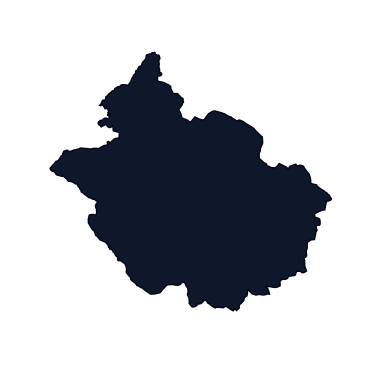 outline of Dien Bien Dong, Điện Biên, Vietnam, rotated 140°
{"feature_id": "81297802B35707987060986", "entity_name": "Dien Bien Dong", "entity_type": "district", "adm_level": 2, "iso_a3": "VNM", "parent_name": "Vietnam", "parent_adm1": "Điện Biên", "projection": "natural_earth1", "projection_center": [103.27, 21.233], "detail": "fine", "context": "isolated", "style": "filled", "palette": "ink", "viewbox_px": 384, "rotation_deg": 140, "n_neighbors": 0, "source": "geoboundaries", "source_scale": "gbopen_adm2", "svg_char_len": 6029}
<svg xmlns="http://www.w3.org/2000/svg" viewBox="0 0 384 384"><g transform="rotate(140 192 192)"><path d="M101.8,93.0L96.2,97.6L95.6,97.8L95.5,98.4L95.2,98.6L94.5,98.4L93.3,97.4L92.5,97.4L91.5,96.7L90.0,96.9L89.5,97.5L89.5,99.6L88.9,101.2L89.4,103.0L89.3,104.6L89.8,105.7L90.3,108.3L91.8,112.8L92.3,115.6L92.1,117.6L93.8,119.7L95.5,122.2L95.4,122.6L94.3,123.7L92.4,126.6L90.9,130.2L90.6,138.0L90.1,139.8L90.6,141.3L91.5,142.6L94.6,144.4L94.9,144.8L94.6,146.4L94.7,146.6L100.3,148.7L103.2,148.0L103.7,148.0L103.8,148.3L103.6,149.2L103.7,150.5L105.0,153.1L106.9,157.7L107.2,157.8L109.1,157.1L111.9,156.9L112.9,157.2L115.4,159.4L117.7,164.3L117.2,165.1L117.1,166.3L118.2,168.0L118.0,168.4L118.9,174.2L118.6,175.0L116.2,178.1L113.2,179.8L111.6,181.5L106.7,183.9L105.4,185.4L102.8,189.1L103.3,191.8L103.9,197.9L103.8,200.9L105.4,206.2L106.4,208.6L107.4,212.7L108.9,215.9L109.6,216.7L110.3,217.1L112.4,217.5L112.5,219.6L113.5,222.2L114.0,224.5L115.2,225.9L115.2,226.7L115.9,227.5L116.6,230.3L118.8,234.2L122.5,239.5L124.7,240.7L128.6,241.2L130.1,241.1L135.9,239.6L136.6,239.6L137.8,240.6L139.7,243.4L141.6,247.6L147.3,246.5L148.6,246.8L149.7,250.8L151.7,254.2L151.9,254.9L151.7,256.4L150.8,258.0L150.0,260.0L149.3,263.7L143.5,265.1L142.4,266.2L141.0,266.2L140.3,267.0L139.8,268.2L138.9,269.3L139.6,271.2L139.9,276.8L141.9,278.3L142.9,279.5L143.1,280.2L142.3,282.6L141.9,284.6L140.6,286.4L140.8,288.2L143.5,294.4L146.4,297.9L146.7,298.7L146.8,299.9L145.4,301.1L144.5,302.7L143.2,302.5L141.6,301.4L140.9,301.3L139.7,301.5L139.3,302.0L139.0,302.9L139.8,304.0L139.8,304.5L138.0,306.9L137.1,309.0L134.8,311.2L133.2,314.0L131.0,314.7L130.0,316.4L129.5,318.2L130.8,319.3L131.4,320.4L131.5,321.2L130.8,322.5L130.8,322.9L132.0,322.9L132.5,323.9L133.1,324.2L134.3,324.3L135.0,323.8L135.7,325.0L137.1,325.4L138.2,326.0L139.0,326.1L141.7,323.7L146.4,323.1L147.3,322.7L149.6,321.1L151.9,322.1L155.5,320.5L157.4,320.8L157.9,320.1L159.4,319.0L161.9,319.0L163.3,317.9L164.7,317.8L168.3,315.7L172.3,314.9L172.9,315.3L174.6,317.4L176.4,318.9L177.5,319.4L179.2,319.2L181.7,320.5L182.9,320.4L184.3,320.8L185.0,320.7L186.1,319.8L188.5,320.7L189.7,320.3L191.2,320.6L193.4,320.5L194.2,320.1L196.9,320.2L198.0,319.1L199.2,318.4L199.7,318.4L200.8,319.3L201.7,319.6L204.8,318.1L205.6,317.8L207.1,317.8L206.8,317.2L206.3,316.8L204.4,316.2L204.3,315.5L205.0,311.6L203.5,311.0L203.2,310.5L203.8,307.6L204.3,307.1L205.5,306.8L205.7,306.2L205.1,305.4L204.0,304.7L204.0,304.2L204.3,303.9L204.9,303.9L205.9,304.8L206.9,305.4L207.3,304.7L206.8,303.7L206.9,303.0L207.5,301.9L208.0,301.8L209.2,302.1L210.2,303.6L211.3,304.5L213.5,305.0L215.1,304.7L216.3,305.8L219.1,305.6L219.9,304.5L220.0,303.1L219.6,302.3L219.7,300.6L219.6,300.2L218.0,300.1L216.7,299.6L215.8,299.6L215.0,299.1L214.5,298.6L214.5,296.1L213.9,294.5L212.7,293.9L210.2,293.3L212.9,289.5L210.1,285.4L209.4,283.8L210.3,283.2L212.2,281.3L212.5,280.7L212.8,280.6L214.4,280.9L216.7,282.4L217.5,282.5L220.3,282.5L221.9,282.1L223.1,283.0L223.6,284.4L224.7,284.7L225.0,284.6L225.2,284.2L225.8,282.3L226.2,282.2L229.8,284.2L235.8,285.3L236.6,286.3L239.1,288.5L241.5,289.7L242.6,290.5L243.7,291.9L249.4,297.5L251.0,297.7L252.7,298.6L253.7,298.8L255.3,300.0L257.7,300.7L259.9,301.7L260.4,302.3L260.5,303.9L261.1,304.5L264.1,305.6L264.7,305.2L264.9,304.6L266.2,304.7L267.5,303.3L269.3,303.7L272.5,302.4L273.9,302.2L275.2,302.3L276.7,302.9L278.9,302.2L281.9,302.1L283.2,301.6L285.1,301.5L285.7,300.7L286.0,300.1L285.9,298.4L284.7,296.7L284.4,295.1L284.7,293.1L284.4,291.6L281.2,287.3L279.9,286.6L280.2,285.3L279.5,282.4L279.8,280.4L279.6,279.5L277.2,277.0L276.0,273.1L274.9,272.0L274.8,271.7L275.7,269.3L275.4,267.8L276.0,266.0L275.7,264.9L276.6,263.7L276.8,263.2L276.0,261.1L275.9,259.2L275.3,258.0L274.6,254.0L273.3,252.4L272.7,250.4L271.2,248.8L271.0,246.7L270.6,245.7L270.7,245.0L274.4,243.9L275.6,242.1L275.9,241.0L276.6,239.6L278.3,237.5L279.8,236.4L280.5,236.4L281.3,236.8L282.0,238.1L282.6,238.7L284.9,240.1L285.7,240.2L288.6,238.1L290.6,235.7L291.1,235.0L291.4,233.9L292.3,228.3L292.4,226.9L292.0,225.1L293.6,220.6L293.5,220.0L293.0,219.0L293.2,215.7L293.1,214.1L290.7,209.5L290.4,208.6L290.4,205.2L291.4,203.3L291.2,202.1L291.6,201.3L291.5,200.7L290.6,199.6L290.3,198.8L290.4,197.9L290.9,197.0L290.5,194.9L291.3,192.5L290.9,189.4L292.3,188.3L292.6,187.1L292.4,186.6L290.9,185.5L289.5,180.3L290.2,177.5L292.2,174.1L293.1,173.8L294.2,172.1L294.0,170.7L294.2,168.5L293.9,166.1L295.0,164.3L295.1,163.0L294.1,159.3L294.0,157.7L294.3,155.9L293.4,154.6L292.9,152.6L291.9,150.8L291.1,146.7L289.8,142.3L289.7,141.2L288.9,140.0L285.4,137.5L281.2,135.5L279.7,135.6L277.7,136.2L274.9,136.4L271.9,136.9L270.3,136.6L269.3,136.0L267.7,134.6L266.6,134.0L264.0,130.7L262.1,129.3L260.2,128.7L258.8,129.2L257.9,129.1L255.7,127.5L256.8,124.1L257.1,120.9L259.1,118.0L261.4,116.4L262.6,112.3L264.2,110.1L265.7,108.5L265.9,104.6L265.1,103.2L262.7,102.1L259.4,102.2L256.7,100.8L251.5,101.1L251.2,100.7L250.9,98.8L251.3,97.0L250.7,95.4L249.9,91.5L249.0,88.9L248.3,88.1L247.3,88.0L246.1,86.8L245.3,86.4L243.3,84.1L242.4,83.9L242.1,83.1L240.8,83.1L239.3,82.7L237.1,75.0L236.8,74.6L235.4,74.8L234.6,74.7L233.9,73.5L234.1,72.7L230.4,72.7L228.2,75.2L225.6,75.1L221.8,75.8L220.0,77.4L216.6,77.2L214.6,78.9L212.7,81.0L211.8,80.4L211.4,75.4L209.1,71.9L206.3,70.4L203.7,67.4L201.5,66.0L199.9,65.6L198.4,64.0L197.5,65.5L196.1,69.2L196.2,72.3L192.9,69.2L190.7,66.5L189.3,65.2L187.8,64.4L184.9,63.5L183.9,64.7L183.4,65.0L183.4,65.7L182.7,66.6L179.6,67.4L175.7,64.7L173.8,64.6L172.4,65.3L171.9,65.2L166.9,62.1L166.0,62.2L163.2,63.9L162.7,63.9L160.4,62.1L159.8,61.1L159.6,59.7L158.3,58.4L155.2,57.9L154.4,59.7L153.3,62.8L149.9,67.0L148.8,69.2L148.1,69.5L147.1,69.1L145.3,69.3L142.4,73.5L140.1,74.8L136.7,78.7L135.9,79.2L134.9,79.2L131.8,78.9L130.4,78.1L129.0,77.0L127.6,77.6L126.6,79.0L125.3,79.6L122.6,81.9L121.0,82.2L119.5,85.3L117.8,86.3L117.2,86.2L115.9,84.8L115.2,84.8L114.5,85.1L113.0,86.9L111.7,89.0L111.9,90.2L114.1,93.8L112.2,96.5L108.8,95.9L104.4,94.6L102.7,93.8L101.8,93.0Z" fill="#0f172a" stroke="#020617" stroke-width="1.5"/></g></svg>